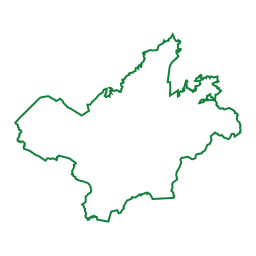 Mārcienas pag., Madona, Latvia
{"feature_id": "27541924B30682574084031", "entity_name": "Mārcienas pag.", "entity_type": "district", "adm_level": 2, "iso_a3": "LVA", "parent_name": "Latvia", "parent_adm1": "Madona", "projection": "orthographic", "projection_center": [26.093, 56.777], "detail": "fine", "context": "isolated", "style": "outline", "palette": "green", "viewbox_px": 256, "rotation_deg": 0, "n_neighbors": 0, "source": "geoboundaries", "source_scale": "gbopen_adm2", "svg_char_len": 5718}
<svg xmlns="http://www.w3.org/2000/svg" viewBox="0 0 256 256"><path d="M221.0,90.5L219.3,89.9L219.0,88.1L217.3,88.4L216.6,87.2L216.9,86.5L213.4,85.1L212.7,84.4L212.7,83.5L215.6,82.1L217.3,82.3L218.5,81.5L217.4,80.6L217.5,76.5L213.4,77.5L212.7,76.8L210.9,76.4L210.4,76.7L209.8,78.0L209.3,76.9L207.2,76.2L206.3,77.0L206.0,78.2L204.4,77.6L203.8,77.7L203.0,79.3L201.3,79.9L201.3,75.2L200.4,74.9L199.8,76.0L200.5,76.9L200.0,77.2L199.0,76.4L198.1,77.6L197.0,77.9L196.1,78.8L196.3,79.8L195.0,80.8L195.7,81.1L199.4,80.6L200.3,83.4L200.0,83.6L200.2,84.3L199.1,85.1L197.4,86.1L195.8,86.0L195.2,86.6L196.1,88.2L195.8,90.3L194.8,90.9L194.1,89.5L193.7,89.8L193.9,91.2L192.8,92.0L191.4,90.0L190.8,89.7L190.0,89.9L189.5,88.8L186.7,87.8L186.9,86.9L186.4,84.4L186.6,82.6L187.5,81.4L187.1,80.6L186.5,80.4L186.0,81.1L184.3,87.2L182.8,89.0L183.2,89.7L184.4,89.6L184.1,90.8L182.4,91.6L182.1,91.2L181.4,91.7L180.5,91.4L178.9,92.7L179.0,94.4L179.3,94.5L179.3,95.6L177.9,96.5L177.8,91.7L178.0,90.5L170.0,95.6L169.9,93.3L170.3,90.3L170.2,82.2L167.7,82.2L169.6,67.2L170.3,65.1L172.4,61.8L176.3,58.6L176.1,58.4L178.4,56.3L176.4,52.7L176.3,52.3L177.1,51.8L176.5,50.5L177.3,50.1L178.5,51.9L179.9,50.8L180.6,49.9L180.6,49.0L178.5,49.1L177.8,47.1L178.0,44.8L177.8,44.3L179.3,43.6L180.3,42.3L180.0,41.0L179.2,40.8L178.5,40.1L178.0,40.3L177.9,41.5L175.9,41.0L173.7,37.6L173.6,36.1L172.7,34.4L170.7,37.9L168.9,38.8L168.6,40.7L167.9,40.5L165.1,41.8L164.1,40.5L163.2,43.2L158.5,45.7L157.3,50.1L152.4,50.5L150.6,50.0L148.1,50.7L147.0,51.7L146.2,51.9L145.4,51.6L143.1,52.7L143.0,53.5L143.3,53.9L144.6,53.8L144.7,54.5L143.8,55.3L143.6,56.1L144.0,57.5L144.9,58.3L144.1,59.5L144.3,59.8L143.4,61.6L141.1,63.6L141.5,64.6L141.4,66.8L141.1,67.0L139.6,66.2L139.6,65.2L138.9,65.4L138.1,66.7L138.2,68.5L137.5,67.9L136.1,67.8L135.6,68.5L135.6,70.8L132.8,72.2L132.7,72.6L129.5,73.2L129.1,73.6L129.4,74.8L127.6,75.3L125.1,77.5L125.0,78.4L124.0,79.5L122.4,79.6L122.4,80.4L123.4,81.3L123.5,82.7L123.2,82.9L122.5,82.5L122.0,83.2L121.0,83.5L121.2,85.7L122.2,86.4L122.5,87.0L122.3,87.6L121.2,88.9L121.5,90.0L120.9,90.9L120.8,91.8L119.9,91.3L119.0,91.2L118.9,91.5L117.1,90.1L115.8,90.2L115.0,90.8L113.3,91.0L111.7,88.5L109.9,87.7L109.5,87.8L111.5,89.3L112.1,90.6L111.5,91.0L110.7,90.4L110.0,90.9L111.1,93.1L110.7,92.9L109.7,94.2L109.5,96.5L108.5,95.9L107.5,96.2L106.5,97.0L105.8,97.0L105.7,96.4L104.7,95.9L105.9,93.8L105.6,93.0L106.6,92.0L106.5,91.1L106.1,90.3L106.7,88.9L105.8,88.7L105.1,89.5L103.8,89.8L102.8,92.1L102.1,92.7L101.8,93.4L100.5,93.6L98.3,95.5L95.6,98.8L91.7,102.3L90.8,103.9L90.1,104.7L87.5,104.7L88.1,107.9L89.0,110.8L81.7,115.5L70.9,108.8L67.9,107.4L63.3,102.8L62.8,101.2L60.2,98.7L56.1,101.1L54.1,99.3L52.2,98.6L48.9,96.3L47.2,96.3L40.6,97.5L38.6,99.1L18.9,118.7L15.4,122.6L16.1,123.9L17.1,124.2L17.8,125.3L18.0,125.9L17.9,127.1L18.8,127.9L18.8,129.6L20.5,130.1L21.0,130.7L21.4,131.9L19.6,133.4L19.7,134.5L19.3,134.5L19.1,135.0L19.3,135.4L19.4,136.5L17.7,138.6L17.6,140.6L18.1,141.1L18.7,140.6L19.3,141.0L19.3,141.6L20.1,141.7L20.6,142.3L22.0,141.4L22.6,141.4L24.4,142.8L24.9,143.9L24.7,145.4L24.2,145.3L24.0,146.1L24.4,146.4L24.3,146.7L23.7,147.0L23.6,147.7L23.9,148.8L27.7,150.0L30.8,151.5L35.3,154.8L38.9,156.2L45.1,160.5L45.7,160.6L46.8,158.7L48.3,158.3L50.7,159.0L52.9,158.3L56.4,159.9L56.2,159.1L57.1,158.8L56.7,158.0L56.8,157.3L57.8,156.6L58.8,156.3L58.9,155.7L68.9,158.2L75.7,162.8L75.8,163.3L75.4,163.9L73.9,164.6L73.8,165.4L74.3,166.2L73.4,168.7L72.2,170.7L72.1,171.2L72.5,172.5L71.8,174.4L73.1,174.7L73.2,175.8L73.5,176.2L75.5,177.2L75.7,177.9L75.6,178.8L80.4,181.0L81.9,180.9L85.5,182.4L86.8,182.5L88.8,183.9L90.2,186.0L90.6,186.9L90.7,188.3L91.2,189.7L91.1,191.5L90.1,193.2L88.3,193.6L87.5,195.0L85.7,196.5L85.7,201.9L83.7,203.6L82.1,204.4L83.8,206.2L83.9,207.5L85.1,208.8L84.9,210.9L85.9,212.6L86.1,213.7L86.0,214.6L85.3,215.7L86.0,217.8L87.6,218.3L87.8,219.8L88.4,219.8L88.6,219.7L88.5,219.3L88.0,219.0L88.3,218.7L89.2,218.9L89.2,218.1L89.9,218.1L90.2,217.5L90.9,217.5L90.6,217.1L91.1,216.8L91.9,217.3L92.0,216.8L92.6,217.1L93.7,216.7L93.2,216.1L93.7,215.9L94.2,216.6L94.6,216.2L94.9,216.9L96.0,217.3L96.3,216.9L97.1,217.4L97.2,219.6L108.3,221.6L111.2,211.6L117.1,210.2L118.7,213.3L120.9,212.6L121.4,211.1L123.5,208.6L124.1,208.2L123.4,206.8L126.9,200.6L131.6,198.7L131.9,198.5L131.8,197.3L135.5,197.4L139.6,194.5L140.5,195.5L141.6,194.8L141.4,194.3L142.8,194.1L146.3,192.6L147.2,194.0L148.3,192.9L150.3,194.6L152.6,199.0L173.4,197.9L173.5,197.0L174.3,196.7L174.3,195.9L173.4,194.5L173.2,192.4L171.4,190.9L171.3,190.5L172.6,187.6L172.1,184.5L172.6,182.9L177.0,179.6L176.7,178.4L176.9,177.9L176.2,174.9L176.8,171.8L179.6,167.0L181.2,162.4L180.5,159.4L181.3,158.0L188.1,156.8L192.1,159.3L194.7,158.6L195.4,158.0L195.9,154.9L196.6,154.3L201.9,153.2L202.1,152.4L205.0,150.4L207.4,144.8L209.7,144.0L211.5,140.4L210.8,136.2L215.0,132.5L215.5,132.6L216.0,133.6L217.6,133.6L218.7,135.3L220.3,135.5L222.0,135.0L223.0,136.8L224.8,137.9L228.4,139.1L228.8,139.0L230.4,137.0L231.5,134.2L232.6,133.7L234.0,134.1L234.7,136.6L240.2,132.7L239.7,132.0L240.5,131.0L240.3,128.6L239.9,127.7L240.6,125.5L239.8,124.4L239.9,123.4L239.4,122.4L237.6,121.0L236.9,118.8L237.2,117.0L237.1,115.7L237.8,114.9L236.9,113.5L234.9,113.0L235.2,112.1L234.6,111.5L234.1,110.6L229.3,108.0L224.2,109.5L223.7,109.3L222.9,108.2L220.7,108.7L219.0,108.2L217.7,105.7L216.8,105.9L216.4,105.4L216.5,103.5L216.8,103.0L215.4,101.0L213.1,99.9L207.6,100.3L207.5,98.8L206.7,98.6L207.1,95.9L207.9,95.9L208.1,95.4L210.1,94.2L210.9,97.0L211.7,97.0L212.6,97.6L212.5,98.8L215.1,99.4L215.5,94.7L216.4,94.7L217.9,93.9L221.1,90.9L221.0,90.5ZM201.6,99.8L202.2,99.6L206.1,99.6L205.9,100.3L203.7,100.9L203.6,102.1L199.3,103.1L200.1,101.4L201.6,99.8Z" fill="none" stroke="#15803d" stroke-width="2"/></svg>